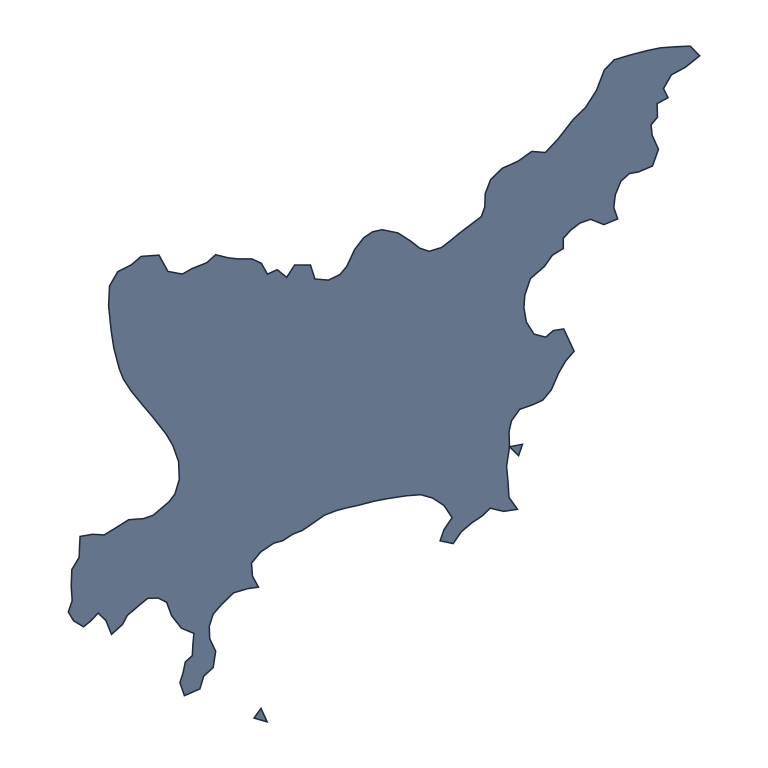 Guarujá, São Paulo, Brazil (Mercator projection)
{"feature_id": "56859067B97137242485272", "entity_name": "Guarujá", "entity_type": "district", "adm_level": 2, "iso_a3": "BRA", "parent_name": "Brazil", "parent_adm1": "São Paulo", "projection": "mercator", "projection_center": [-46.231, -23.954], "detail": "fine", "context": "isolated", "style": "filled", "palette": "slate", "viewbox_px": 768, "rotation_deg": 0, "n_neighbors": 0, "source": "geoboundaries", "source_scale": "gbopen_adm2", "svg_char_len": 2461}
<svg xmlns="http://www.w3.org/2000/svg" viewBox="0 0 768 768"><path d="M531.8,151.4L518.0,161.2L502.2,168.3L490.6,179.6L485.2,193.7L484.8,206.9L481.3,216.6L459.8,232.9L452.5,239.0L441.6,247.5L429.1,251.3L419.6,248.1L410.7,241.1L397.9,232.9L382.1,229.7L372.6,231.8L363.7,237.7L354.6,249.6L346.7,266.5L339.9,274.6L328.5,280.1L314.9,279.0L310.5,265.0L294.6,265.0L286.7,277.3L277.2,269.7L267.4,274.1L261.4,263.3L251.9,258.9L238.0,258.9L228.1,257.8L215.7,254.7L206.8,262.7L191.9,268.6L182.4,274.1L167.9,271.4L159.0,255.1L141.2,256.4L131.4,264.8L117.8,271.6L109.5,286.0L108.6,305.7L111.1,330.2L113.8,348.0L119.4,369.2L123.4,379.1L131.4,391.4L142.6,405.1L152.7,417.0L166.0,433.9L173.0,445.8L178.6,461.7L179.3,479.4L174.9,494.1L168.9,501.9L153.2,515.2L143.6,518.6L128.7,519.7L114.9,528.4L104.1,534.9L92.5,534.3L80.1,536.4L79.5,547.0L79.2,557.2L71.8,569.6L71.2,586.6L72.2,600.6L68.3,612.0L73.7,620.9L83.6,626.8L91.0,620.7L98.1,613.1L106.0,620.7L111.5,634.4L122.5,624.5L127.3,615.4L138.3,606.1L147.6,598.4L158.1,598.0L166.6,602.3L171.6,615.8L181.5,628.3L193.9,633.4L192.9,644.2L192.3,655.6L185.3,662.0L183.0,673.0L179.9,682.7L184.4,695.7L199.9,688.9L203.7,676.2L213.2,667.5L215.7,651.2L209.7,638.7L209.3,626.2L213.2,614.1L221.7,604.4L233.5,592.9L247.4,588.7L258.5,587.2L252.5,576.2L251.5,563.1L260.8,551.9L273.7,543.2L282.6,540.8L292.5,534.3L302.2,530.5L311.1,524.5L324.4,515.2L336.4,510.6L346.9,507.8L357.7,505.5L373.6,501.3L388.4,498.5L406.2,495.8L420.8,494.7L432.7,498.1L444.0,505.5L452.1,517.6L444.0,529.6L440.1,540.8L453.1,543.6L461.4,531.7L472.4,522.4L482.3,515.9L490.2,508.2L503.7,511.4L517.5,509.3L509.0,497.4L508.0,481.6L506.6,466.3L509.5,446.8L509.0,431.6L511.5,420.8L519.6,409.4L533.3,404.5L542.8,400.1L551.3,389.9L558.7,373.0L565.6,361.1L574.1,351.2L569.1,340.4L563.7,328.9L553.3,330.6L545.7,337.2L533.9,334.0L526.4,322.0L523.9,307.8L524.8,295.3L530.4,278.6L544.4,266.5L552.3,255.3L563.3,248.5L563.3,238.4L570.7,230.1L579.9,223.1L590.6,219.3L603.9,224.6L617.7,218.9L613.8,207.5L615.3,194.8L620.8,181.3L629.3,173.6L638.6,171.9L652.5,166.0L658.5,149.3L652.1,135.1L651.1,124.8L657.5,117.2L657.1,103.6L668.0,97.7L663.5,88.6L671.4,74.8L685.2,67.4L699.7,55.8L690.2,46.1L676.5,46.7L660.6,47.8L647.5,50.5L630.8,54.8L614.2,59.8L604.3,70.0L596.4,90.5L585.6,107.4L573.2,119.5L557.7,139.4L545.3,152.5L531.8,151.4ZM261.0,708.4L254.0,718.1L267.2,721.9L261.0,708.4ZM509.5,446.8L518.6,455.7L522.5,444.3L509.5,446.8Z" fill="#64748b" stroke="#1e293b" stroke-width="1.5"/></svg>